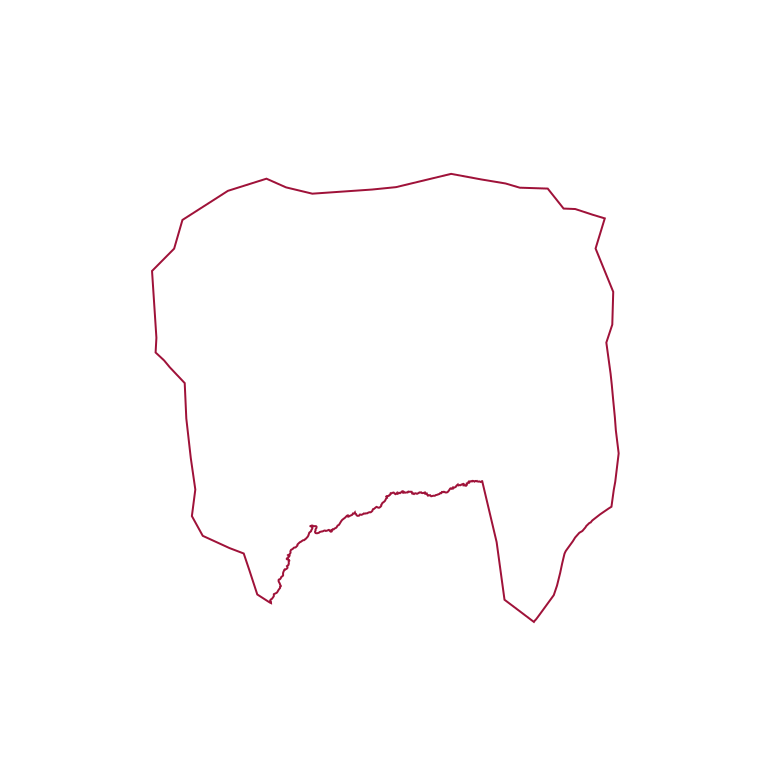 Dashbalbar, Dornod, Mongolia (Natural Earth projection), rotated 115°
{"feature_id": "93677404B44284139751504", "entity_name": "Dashbalbar", "entity_type": "district", "adm_level": 2, "iso_a3": "MNG", "parent_name": "Mongolia", "parent_adm1": "Dornod", "projection": "natural_earth1", "projection_center": [114.612, 49.67], "detail": "fine", "context": "isolated", "style": "outline", "palette": "rose", "viewbox_px": 768, "rotation_deg": 115, "n_neighbors": 0, "source": "geoboundaries", "source_scale": "gbopen_adm2", "svg_char_len": 6118}
<svg xmlns="http://www.w3.org/2000/svg" viewBox="0 0 768 768"><g transform="rotate(115 384 384)"><path d="M320.5,636.0L350.0,631.4L379.6,642.0L438.3,609.8L452.0,604.3L455.6,593.2L459.4,585.2L467.4,565.0L498.8,548.6L532.8,527.8L559.4,510.4L584.9,502.3L598.2,484.1L598.0,454.7L596.9,439.5L609.6,427.4L628.3,409.9L630.3,395.3L630.3,393.8L629.2,394.4L628.2,395.7L627.1,395.5L626.3,394.9L625.7,394.7L623.1,394.2L622.6,394.3L621.1,395.0L620.8,394.9L620.2,394.3L618.7,393.1L618.0,392.8L614.8,392.5L612.8,392.0L611.8,392.5L611.1,392.1L610.7,392.1L610.2,392.6L610.0,393.2L608.9,394.1L607.6,395.9L607.2,396.2L606.2,396.7L605.6,396.6L604.9,395.8L604.0,395.5L602.2,395.5L601.4,395.0L600.5,394.6L600.0,394.6L598.2,395.5L597.3,395.7L594.4,395.8L594.1,395.7L594.2,395.2L593.3,394.7L592.7,394.2L592.3,394.0L591.4,393.8L590.7,394.1L590.1,395.0L589.2,394.6L588.7,394.2L588.1,394.1L587.7,394.4L586.9,394.4L586.6,394.5L585.4,395.3L584.2,395.1L583.7,395.6L583.8,395.8L584.0,396.0L584.0,396.3L583.4,396.9L583.3,397.1L583.4,397.4L583.8,397.9L583.7,398.2L583.5,398.3L582.9,398.2L582.4,397.5L582.0,397.4L581.2,397.6L580.9,397.2L580.6,397.1L579.5,397.0L579.3,397.3L579.3,397.6L579.7,398.4L579.6,398.7L579.4,398.6L578.6,397.6L577.4,397.5L576.9,397.4L576.4,397.4L575.3,398.1L574.2,398.2L573.5,398.1L572.2,397.1L570.5,396.5L570.1,396.1L569.8,395.5L569.3,395.0L567.0,394.2L566.1,394.6L564.9,394.2L562.8,393.3L562.5,392.9L560.4,391.7L559.8,391.3L559.3,390.4L559.1,390.3L558.2,390.0L558.0,389.7L556.9,389.3L554.6,388.6L553.1,388.5L552.3,388.7L551.4,388.7L550.4,388.9L549.8,388.7L549.1,388.2L548.4,388.1L548.1,387.9L546.7,388.1L545.7,387.9L544.9,388.0L544.5,388.4L544.0,389.1L543.9,390.1L544.1,391.4L543.7,390.5L543.3,390.1L543.0,389.9L542.5,388.8L542.5,388.6L542.8,388.0L542.7,387.6L542.3,387.2L541.7,385.9L541.6,385.4L541.7,385.1L542.0,384.7L543.1,384.4L544.4,384.6L544.8,384.6L545.7,384.1L547.0,384.1L547.6,383.7L548.0,383.0L547.7,381.9L547.3,381.2L546.3,380.1L545.3,379.7L544.0,378.2L543.5,377.3L542.2,376.3L541.8,375.7L541.7,375.4L541.8,374.7L541.2,373.9L540.3,373.0L539.7,372.6L539.5,372.2L540.2,370.6L540.3,369.7L540.0,369.4L539.7,369.1L539.3,369.1L539.0,369.3L538.9,369.9L538.8,370.1L538.6,370.0L538.5,369.4L538.2,369.2L537.6,369.2L537.2,369.0L537.1,368.2L536.0,367.8L534.5,366.6L533.8,366.4L531.9,366.2L530.7,365.3L530.0,365.2L526.3,364.8L524.7,364.4L521.6,362.8L519.3,362.0L518.6,361.6L518.3,361.2L518.5,361.0L519.1,360.9L519.4,360.7L519.4,360.4L519.1,360.0L517.9,359.2L516.1,357.6L515.2,357.4L514.6,357.5L514.4,357.4L514.4,356.7L514.2,356.4L512.7,356.1L513.4,355.5L513.7,354.3L514.2,353.9L514.5,353.4L514.7,352.6L514.6,352.1L513.9,351.0L512.4,350.6L512.1,349.2L511.2,348.3L509.8,347.5L509.7,347.1L509.7,346.8L509.6,346.5L508.8,345.7L508.5,344.9L508.2,344.5L507.2,343.9L506.3,342.9L506.1,342.2L505.8,341.8L505.1,341.4L503.7,340.9L502.7,341.1L502.0,341.0L501.6,340.4L498.9,339.1L498.5,338.8L498.5,337.3L498.3,336.3L497.9,335.9L496.8,335.3L495.6,335.0L495.2,335.1L494.9,335.4L494.4,335.4L492.8,335.1L492.5,335.2L492.2,335.1L491.2,334.4L489.4,333.7L487.4,333.7L486.7,333.6L485.9,333.1L485.6,333.4L485.1,334.4L484.7,334.3L484.2,333.9L484.1,333.6L484.1,333.2L483.2,332.3L482.6,332.3L481.9,331.7L480.4,331.8L480.5,331.3L479.2,330.6L479.1,330.3L478.4,329.6L478.3,329.2L478.8,328.2L479.0,327.0L478.8,326.8L478.2,326.7L478.1,326.4L477.3,326.2L477.9,325.7L477.8,325.2L477.1,325.1L476.7,324.6L476.2,324.4L476.2,323.4L475.4,322.9L475.1,322.9L474.6,322.5L473.8,322.3L473.5,322.1L473.3,321.7L473.8,321.5L474.2,321.2L474.5,321.0L474.5,320.7L474.4,320.5L473.7,320.3L473.4,320.1L473.7,319.2L473.5,318.8L472.9,318.1L472.3,316.7L472.1,316.6L471.5,316.7L471.2,316.5L471.2,315.9L470.5,314.7L470.4,314.0L470.0,313.4L470.5,312.8L471.4,312.2L471.4,311.9L471.3,311.7L470.8,311.6L470.7,311.4L471.1,310.6L471.1,310.3L470.1,309.8L469.6,309.0L469.7,308.4L469.5,307.6L468.8,307.0L468.5,306.9L468.1,306.4L467.6,306.3L467.1,305.8L466.9,305.4L466.9,304.8L466.5,304.4L466.8,303.6L466.7,303.2L466.3,302.5L465.9,302.0L465.8,301.6L465.2,301.4L465.1,301.2L465.6,301.1L466.0,300.6L466.1,300.3L465.4,299.8L465.7,299.1L465.3,298.8L466.1,298.0L466.1,297.5L466.6,297.0L466.5,296.8L465.9,296.6L465.8,296.4L465.8,295.8L465.3,295.2L465.6,294.5L465.8,293.8L464.3,291.9L464.1,291.3L463.8,290.7L462.9,290.2L462.0,289.1L461.4,288.4L460.9,288.2L460.6,287.6L460.1,287.2L459.0,286.9L458.8,286.0L458.4,285.8L457.7,285.9L457.4,285.9L457.3,285.6L456.8,284.8L456.6,284.6L456.7,284.0L456.5,283.7L456.2,283.5L456.3,282.7L456.2,282.4L456.2,282.0L456.0,281.7L455.2,280.7L454.3,280.5L453.5,280.2L451.3,279.9L450.6,279.7L450.4,279.5L450.5,278.7L449.7,278.3L449.8,277.7L449.8,277.4L449.2,277.3L448.4,277.5L448.4,277.4L448.5,276.9L448.4,276.7L447.6,276.0L446.7,275.4L445.6,275.4L444.1,274.7L444.4,274.5L444.6,273.9L443.7,272.9L443.5,272.0L443.2,271.7L442.6,271.5L441.6,270.5L441.8,270.0L441.7,269.7L441.0,269.7L441.0,269.3L441.1,269.2L441.4,269.4L442.0,269.5L442.3,269.2L442.0,268.8L441.8,267.8L441.3,267.4L441.6,266.8L441.4,266.5L440.4,266.3L440.1,266.5L440.0,266.8L439.5,266.8L439.1,267.0L439.0,266.9L438.8,266.3L437.7,266.0L437.3,266.1L437.1,266.0L437.6,265.4L437.6,265.2L437.3,265.0L437.0,265.0L436.6,265.6L436.3,265.7L436.2,265.5L436.2,265.1L435.6,264.5L435.4,263.7L434.8,263.4L434.6,263.2L434.8,262.6L434.6,262.4L434.2,262.3L434.1,262.1L434.2,260.7L433.3,260.3L433.2,260.0L433.1,259.2L432.6,258.8L432.8,258.2L432.6,257.2L432.1,256.6L432.0,256.4L432.0,255.2L431.8,254.8L430.8,254.3L430.6,253.9L479.7,215.1L528.6,183.6L536.3,147.6L535.0,147.4L532.9,146.7L528.1,145.7L503.6,140.9L493.6,142.0L480.8,144.5L471.3,146.7L462.5,148.5L461.4,148.7L459.1,148.7L458.1,148.6L446.7,146.4L442.4,145.9L436.3,144.1L433.4,142.1L428.7,140.8L427.3,140.7L423.1,139.1L422.2,138.2L419.7,137.6L410.7,133.0L401.9,127.8L399.1,126.0L382.9,131.0L374.9,133.1L347.7,142.0L328.0,154.3L316.6,160.7L300.5,170.2L288.5,177.2L278.9,183.0L252.5,200.0L233.7,202.2L203.6,215.2L171.8,249.5L140.6,253.9L142.4,266.3L144.6,284.6L149.1,295.4L137.7,318.2L148.7,343.9L150.9,358.6L157.5,382.3L165.2,412.0L200.5,456.3L212.8,477.0L241.8,529.4L247.2,555.9L247.6,577.3L274.9,607.1L320.5,636.0Z" fill="none" stroke="#9f1239" stroke-width="2"/></g></svg>